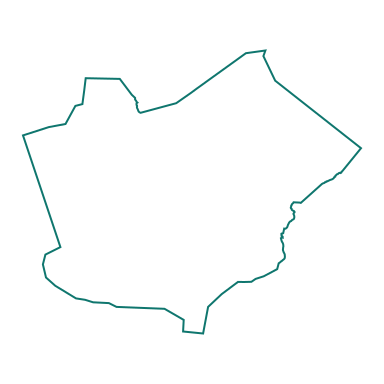 the district of Baacagaan, Bayanhongor, Mongolia
{"feature_id": "93677404B78729167349448", "entity_name": "Baacagaan", "entity_type": "district", "adm_level": 2, "iso_a3": "MNG", "parent_name": "Mongolia", "parent_adm1": "Bayanhongor", "projection": "mercator", "projection_center": [99.824, 45.619], "detail": "fine", "context": "isolated", "style": "outline", "palette": "teal", "viewbox_px": 384, "rotation_deg": 0, "n_neighbors": 0, "source": "geoboundaries", "source_scale": "gbopen_adm2", "svg_char_len": 2607}
<svg xmlns="http://www.w3.org/2000/svg" viewBox="0 0 384 384"><path d="M361.0,148.2L275.2,80.7L263.4,56.1L265.4,50.5L245.9,53.2L196.9,88.5L190.8,93.0L176.2,103.2L140.6,112.8L139.5,112.3L138.6,111.5L138.2,110.5L137.7,109.2L137.5,108.8L137.2,108.2L137.0,107.8L136.9,107.2L136.9,106.7L137.1,106.2L137.0,105.6L136.6,105.1L136.5,104.5L136.5,103.6L136.8,103.0L137.1,102.8L137.4,102.6L137.2,102.4L136.9,102.2L136.6,102.0L136.5,101.6L136.1,100.8L135.6,100.2L135.1,99.5L135.1,98.8L135.1,97.9L131.8,94.8L119.8,78.9L85.7,78.2L84.2,90.6L82.4,104.1L75.4,105.9L65.5,124.0L48.8,127.1L23.0,135.4L60.4,247.1L45.4,254.6L42.9,264.4L46.0,277.5L55.3,285.8L76.0,298.4L85.1,299.8L93.1,302.3L108.9,303.1L116.5,306.9L164.5,308.8L183.7,319.9L183.1,331.5L203.1,333.5L208.1,306.9L221.7,294.1L238.0,281.9L244.0,282.0L251.4,281.8L255.6,278.9L263.7,276.3L277.2,269.1L278.7,263.3L280.4,262.1L281.3,261.2L282.1,260.8L282.7,260.1L283.3,259.7L283.8,259.3L284.3,258.8L284.6,258.4L284.9,256.9L284.8,255.6L284.7,254.3L284.1,253.0L283.7,252.4L283.4,251.4L283.0,250.4L282.9,249.8L283.0,249.1L283.1,248.0L283.2,247.1L283.4,246.2L283.3,245.4L283.2,244.3L282.8,243.2L282.4,242.3L281.9,241.7L281.6,240.7L281.3,239.8L281.2,239.3L281.0,238.7L280.9,238.2L281.3,237.9L281.6,237.6L282.0,237.5L282.7,237.7L282.7,237.4L282.7,236.8L282.5,236.5L282.0,236.4L281.6,236.1L281.5,235.7L281.5,235.3L281.7,235.0L281.4,234.4L281.4,234.0L281.4,233.7L281.5,233.6L281.9,233.6L282.5,233.4L283.2,233.2L284.2,228.6L285.0,228.8L285.6,228.6L286.1,228.3L286.7,227.7L287.1,227.4L287.6,226.1L288.0,224.8L288.5,223.9L288.9,223.0L289.5,222.1L290.4,221.3L291.1,221.1L292.3,219.8L293.5,219.3L294.0,218.7L294.3,217.5L294.3,216.5L294.1,215.3L293.7,214.6L293.5,214.1L293.5,213.6L293.7,213.2L294.2,212.7L294.5,212.4L294.5,212.1L294.2,212.1L294.1,211.8L294.2,211.4L294.0,211.1L293.7,210.9L292.9,210.6L292.4,210.3L292.0,210.0L291.7,209.6L291.6,209.2L291.6,208.7L291.3,208.5L291.0,208.3L290.8,207.9L290.8,207.4L291.0,207.0L291.2,206.3L291.2,205.7L291.4,205.4L291.7,205.1L291.7,204.7L291.9,204.4L292.2,203.9L292.6,203.6L293.1,203.1L293.4,202.8L293.6,202.3L299.9,202.6L300.8,202.9L321.9,184.0L322.7,183.5L323.5,183.2L324.1,183.0L324.5,182.8L325.0,182.2L325.4,182.2L326.0,182.0L326.4,181.4L326.6,181.3L327.5,181.3L328.0,180.9L328.5,180.8L329.5,180.2L330.6,179.8L331.9,179.4L333.4,178.5L333.9,177.9L334.1,177.3L334.4,177.1L334.9,176.9L335.3,176.6L335.3,175.9L335.5,175.6L336.0,175.3L336.8,174.4L337.2,174.2L337.8,174.1L338.2,173.7L338.6,173.3L339.3,172.9L339.8,172.9L340.3,173.1L341.2,172.7L341.4,172.5L341.5,171.7L342.2,171.3L361.0,148.2Z" fill="none" stroke="#0f766e" stroke-width="2"/></svg>